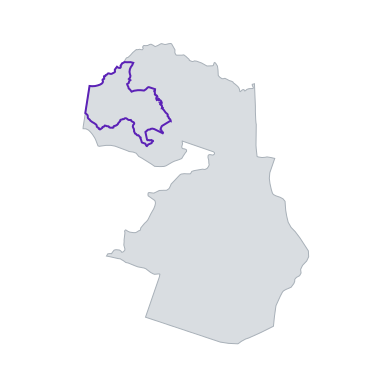 where Northern sits in Zambia, rotated 289°
{"feature_id": "ZMB-515", "entity_name": "Northern", "entity_type": "Province", "adm_level": 1, "iso_a3": "ZMB", "parent_name": "Zambia", "parent_adm1": "", "projection": "natural_earth1", "projection_center": [30.182, -9.848], "detail": "fine", "context": "in_parent", "style": "outline", "palette": "violet", "viewbox_px": 384, "rotation_deg": 289, "n_neighbors": 0, "source": "natural_earth", "source_scale": "10m", "svg_char_len": 8913}
<svg xmlns="http://www.w3.org/2000/svg" viewBox="0 0 384 384"><g transform="rotate(289 192 192)"><path d="M250.7,259.3L235.5,259.3L230.0,260.7L225.5,262.9L220.1,266.2L217.0,268.5L216.1,269.8L215.7,272.6L215.7,277.0L215.2,280.2L213.5,283.0L205.3,286.5L200.0,289.4L194.7,292.8L190.8,297.2L188.1,302.5L183.6,309.2L174.2,321.2L168.7,323.4L164.1,322.9L158.6,320.4L154.2,319.9L150.9,321.5L147.9,321.0L145.2,318.5L142.8,317.6L141.0,318.2L138.6,318.1L134.2,316.7L130.4,312.5L128.3,310.7L126.8,310.1L122.2,309.4L111.8,308.4L101.1,310.5L91.6,312.7L81.9,303.2L72.4,293.1L70.5,290.6L66.9,287.3L64.4,285.6L63.4,284.8L60.8,275.9L59.3,267.6L58.5,188.8L101.1,188.8L103.8,188.4L103.9,187.6L102.0,183.4L102.0,181.9L102.5,179.0L104.4,173.3L104.5,171.4L103.6,165.2L103.7,161.8L104.1,154.7L103.8,152.4L104.8,149.2L105.1,147.1L105.5,146.2L105.0,143.8L104.1,135.5L103.6,132.0L106.1,132.5L107.0,134.2L107.5,136.1L108.6,136.2L111.7,137.3L112.7,138.9L113.5,142.2L113.1,143.9L112.1,145.3L113.1,146.5L115.1,147.4L116.3,147.1L119.7,144.8L122.9,144.0L124.5,143.4L131.5,141.9L132.9,141.1L133.9,141.1L134.6,141.7L134.0,144.1L133.8,146.2L134.6,150.2L135.3,152.0L136.8,153.4L137.8,154.1L139.0,155.5L141.5,155.3L146.9,157.3L148.5,158.2L150.8,159.2L152.4,159.5L158.0,160.2L163.9,161.3L166.9,161.4L169.1,161.2L170.6,160.6L171.5,159.9L171.9,159.4L174.1,151.8L175.2,151.2L176.7,150.9L177.5,151.5L178.5,156.3L182.8,160.6L184.2,164.2L185.3,167.3L186.2,168.1L187.8,169.2L190.4,169.6L192.7,169.7L204.1,174.9L205.4,175.9L206.8,178.7L207.7,181.9L208.6,184.4L210.0,184.9L211.4,185.1L212.7,186.8L213.6,188.3L217.0,194.5L217.5,196.9L219.2,198.6L221.4,199.3L223.4,199.4L224.6,198.6L227.6,197.4L229.8,195.9L231.5,195.4L232.5,195.7L233.2,196.7L233.7,199.8L235.3,200.9L236.5,200.4L237.0,199.2L237.0,198.6L237.0,166.2L235.9,166.5L234.6,167.4L231.6,167.5L230.4,168.2L230.0,169.2L230.3,170.6L230.3,172.4L229.9,173.2L228.6,173.6L226.7,172.9L223.2,172.0L220.3,171.4L218.2,169.0L215.4,165.3L213.5,163.4L209.1,159.6L208.3,158.9L207.0,157.1L205.8,154.0L204.7,150.5L204.1,148.3L205.1,144.9L207.7,133.6L208.3,130.1L210.5,126.6L210.6,123.4L209.8,119.4L210.0,117.1L210.3,104.3L209.7,100.2L208.2,95.7L205.0,89.4L205.0,88.1L209.9,84.0L211.4,82.5L214.0,79.2L215.7,76.4L216.8,74.1L217.2,71.2L216.4,68.4L218.1,67.9L258.9,60.6L259.5,62.5L260.7,65.7L262.1,68.1L263.8,70.1L265.3,71.4L266.3,71.8L272.6,71.6L274.9,72.9L276.8,74.5L277.3,76.9L278.6,78.5L280.0,79.7L280.6,79.8L281.6,79.5L283.3,79.5L284.9,80.0L285.6,80.6L285.7,82.6L286.2,83.5L288.3,83.9L290.5,84.1L292.5,85.5L294.8,85.7L297.4,86.3L298.6,87.8L301.4,89.3L304.8,90.7L308.6,93.0L308.6,93.7L309.3,95.0L309.9,96.0L310.0,97.4L310.3,98.7L311.2,99.0L312.0,99.1L312.8,98.2L313.8,98.2L314.9,98.8L315.2,100.3L316.1,102.4L317.5,103.7L318.4,105.1L318.1,107.5L317.5,109.8L319.4,112.0L321.8,114.1L322.4,115.0L322.6,118.1L323.0,119.2L324.7,121.8L325.5,123.5L325.4,124.5L320.9,129.6L318.2,130.4L317.0,131.5L316.3,132.6L318.0,137.7L319.0,139.6L318.2,142.1L316.4,146.2L315.6,146.6L315.4,149.7L316.0,150.8L316.8,151.7L317.2,153.8L317.1,159.1L316.0,165.1L318.0,170.3L318.6,170.9L321.4,170.9L321.9,171.4L321.2,172.8L319.3,175.1L315.7,176.9L310.7,178.9L309.6,180.8L308.9,183.5L309.5,185.1L310.2,186.1L309.9,188.5L309.5,191.0L309.6,193.0L309.4,194.8L308.7,195.6L307.8,198.3L306.7,200.9L305.9,202.2L304.6,203.4L302.6,204.5L302.6,205.0L304.9,206.3L305.5,207.1L305.7,207.7L304.7,209.1L305.8,209.9L307.0,210.6L308.3,212.3L309.6,215.7L309.9,216.0L310.3,216.1L311.0,215.7L312.4,214.3L313.4,213.9L314.7,215.8L293.5,224.1L288.5,225.8L281.1,228.7L278.6,229.8L276.7,230.8L257.0,237.3L253.9,238.6L246.9,241.9L246.7,242.4L246.8,243.9L247.4,247.0L248.6,249.8L249.6,251.5L250.3,255.6L250.7,259.3Z" fill="#d9dde1" stroke="#a8b0b8" stroke-width="1"/><path d="M258.9,60.6L259.5,63.2L260.6,65.8L262.1,68.2L263.6,70.1L264.4,70.8L265.3,71.5L266.4,71.9L267.3,71.9L267.8,71.6L268.3,71.2L268.8,70.9L269.3,70.9L269.6,71.1L270.0,71.8L270.3,72.0L270.5,72.1L270.9,71.9L272.1,71.4L272.4,71.3L272.5,71.2L272.9,71.2L273.0,71.4L273.0,71.9L273.1,72.1L273.4,72.3L273.7,72.4L274.0,72.3L274.4,72.3L274.7,72.6L275.2,73.2L275.6,73.5L276.5,73.8L276.9,74.2L277.1,74.9L277.1,75.9L277.3,77.0L277.8,77.8L280.0,79.8L280.4,80.0L280.8,80.0L281.3,79.8L282.1,79.3L282.6,79.2L286.0,80.3L285.6,81.4L285.6,82.7L286.1,83.8L287.0,84.0L287.5,83.8L287.8,83.5L288.2,83.3L288.8,83.4L289.5,83.9L289.9,83.9L290.3,83.8L290.6,83.8L291.0,84.1L291.9,85.1L292.3,85.5L292.8,85.7L293.7,88.8L294.8,91.7L295.0,94.4L292.5,94.2L290.2,93.5L287.9,93.3L285.2,93.8L283.3,94.9L281.8,96.0L280.0,96.2L278.3,95.5L277.7,97.3L276.2,96.5L274.5,96.7L272.9,95.5L271.8,96.4L270.4,97.8L269.3,98.4L268.7,100.0L267.2,102.2L268.9,104.3L270.6,107.6L271.6,110.5L272.3,113.6L274.1,115.0L276.4,116.1L277.1,117.0L277.2,123.6L275.7,124.0L275.6,123.9L275.5,123.7L275.3,123.5L275.1,123.4L274.9,123.6L274.7,124.1L274.2,124.3L273.5,124.7L273.0,124.9L272.4,125.0L272.2,125.1L272.1,125.3L272.3,125.6L272.2,125.8L271.8,125.8L271.7,125.9L271.6,126.1L271.7,127.2L271.6,127.5L271.4,127.7L271.0,128.0L270.8,128.2L270.6,127.9L270.1,127.8L269.6,127.7L269.3,127.6L268.9,127.7L268.5,127.9L267.5,128.8L267.9,129.3L268.0,129.5L268.1,129.8L268.4,129.8L268.6,129.7L268.8,129.6L269.1,129.8L269.2,130.4L268.8,130.6L268.0,130.5L267.8,130.8L267.8,131.0L267.9,131.3L268.4,131.9L268.4,132.0L268.3,132.4L268.2,132.5L267.9,132.9L267.9,133.2L266.8,134.2L266.5,134.4L266.0,134.4L266.2,134.1L266.3,133.9L266.2,133.6L266.1,133.3L265.9,133.0L265.8,133.3L265.7,133.9L265.4,134.1L265.0,133.9L264.8,133.6L265.0,133.3L264.6,133.3L264.3,133.9L264.1,134.8L263.9,135.4L263.7,135.5L263.0,135.8L262.8,135.8L262.6,135.9L262.4,136.1L262.1,136.2L261.8,136.2L262.2,136.8L262.1,137.0L261.8,136.9L261.5,136.6L261.3,136.7L261.1,136.9L261.0,137.2L260.9,137.5L260.5,138.4L258.6,141.1L258.1,142.2L257.9,142.9L257.8,143.2L257.3,143.7L257.1,143.8L256.9,144.1L256.3,144.1L256.0,144.1L255.8,144.2L255.6,144.5L255.3,145.3L255.2,145.5L254.9,145.8L254.6,145.9L254.2,146.1L254.0,146.6L253.8,147.2L253.6,147.7L252.7,148.5L252.1,148.8L252.1,148.7L252.0,148.2L251.9,148.1L244.8,142.2L244.4,142.0L244.0,141.9L241.2,141.8L240.9,141.9L240.7,142.0L240.5,142.8L240.2,143.2L239.4,143.8L239.3,144.0L239.1,144.3L239.0,144.6L239.0,144.9L238.9,145.1L238.2,145.3L238.0,145.8L237.9,146.0L239.2,135.9L239.1,134.5L239.1,134.2L239.0,133.9L238.4,132.7L238.2,132.6L238.1,132.4L237.5,132.0L237.4,131.8L236.7,130.4L236.6,130.2L236.1,129.8L235.9,129.7L235.0,129.3L234.2,128.8L233.9,128.5L233.7,128.4L233.4,128.5L227.1,132.3L226.8,132.6L226.5,133.0L226.6,133.4L227.0,134.1L227.1,134.3L227.0,134.6L227.0,134.8L227.1,135.1L227.1,135.4L227.2,135.6L227.9,136.5L227.9,136.9L227.7,137.5L227.7,138.2L227.7,138.4L227.6,138.5L227.4,138.6L226.2,137.9L225.9,137.8L225.3,137.9L225.0,137.8L224.9,137.7L222.9,135.4L222.7,135.2L220.9,134.5L220.7,134.4L220.7,134.2L220.9,133.8L221.4,133.2L222.4,132.2L222.5,132.0L222.5,131.8L222.5,128.7L222.6,128.4L225.4,126.4L225.6,126.1L225.8,125.8L226.1,125.7L226.5,125.8L226.8,125.7L227.0,124.9L227.2,124.6L228.1,123.1L228.2,122.8L228.2,122.7L227.9,122.3L227.8,121.9L227.8,121.7L228.2,120.9L228.3,120.6L228.5,120.5L228.6,120.3L228.7,120.1L228.7,119.2L228.8,119.0L228.9,118.9L229.6,118.4L230.2,117.7L230.4,117.5L230.7,117.4L231.4,117.2L232.2,116.7L232.7,116.5L232.8,116.4L233.0,116.2L233.7,115.4L234.1,115.1L234.3,114.9L234.7,114.7L234.8,114.7L235.4,114.6L236.4,114.6L236.5,114.7L236.8,114.8L237.3,115.0L237.7,115.1L238.0,115.0L238.3,114.9L238.7,114.5L238.8,114.4L238.9,114.1L239.2,112.1L239.3,111.8L239.5,111.6L239.6,111.3L239.8,111.2L240.1,110.8L240.2,110.7L239.9,110.0L239.6,109.0L239.5,108.5L239.5,108.3L239.5,108.2L240.1,106.5L240.2,105.9L240.2,105.6L239.9,104.7L239.6,104.3L239.5,104.2L238.8,103.9L238.7,103.8L238.6,103.6L238.5,103.2L238.4,102.8L238.1,102.6L237.8,102.2L237.5,101.7L237.2,101.2L236.9,100.9L236.6,101.0L236.0,100.9L235.6,101.0L235.5,100.9L235.4,100.7L235.1,100.6L234.7,100.6L234.0,100.3L233.6,100.1L233.4,100.0L233.0,99.9L232.5,99.7L232.4,99.7L232.0,99.8L231.9,99.7L231.5,99.5L231.2,99.4L230.9,99.2L230.7,98.8L230.6,98.7L230.2,98.6L229.9,98.3L229.7,98.1L229.2,97.1L228.8,96.7L228.5,96.6L228.3,96.5L228.1,96.5L227.8,96.7L227.7,96.7L227.4,96.7L227.2,96.4L226.9,96.1L226.5,94.6L226.3,94.1L226.2,93.9L226.2,93.7L226.2,92.7L226.3,92.5L226.6,92.4L226.8,92.0L226.9,91.6L226.5,90.0L226.5,89.7L226.6,88.9L226.5,88.4L226.4,88.1L226.4,87.9L226.2,87.8L225.9,87.9L225.6,87.6L225.1,87.4L224.9,87.2L224.7,86.8L224.4,86.4L224.0,86.2L223.9,86.2L223.6,86.3L223.4,86.3L223.2,86.2L222.8,85.8L222.6,85.7L222.4,85.5L222.2,85.4L221.8,85.2L221.5,85.0L221.4,84.8L221.2,84.5L221.3,84.0L221.4,83.5L221.4,83.4L221.5,83.3L221.6,83.2L221.9,83.2L222.0,83.2L222.6,81.0L222.8,80.7L223.1,80.6L223.7,80.3L223.9,80.2L224.0,80.1L224.3,79.7L224.5,79.5L225.2,77.3L225.7,74.7L226.4,72.6L226.6,72.4L226.8,72.1L227.1,71.7L227.7,70.1L228.0,69.7L228.2,69.4L228.3,69.3L228.5,69.2L229.4,68.9L230.1,68.6L230.4,68.4L230.7,68.1L231.0,67.5L231.7,66.0L231.9,65.4L258.9,60.6Z" fill="none" stroke="#5b21b6" stroke-width="2"/></g></svg>